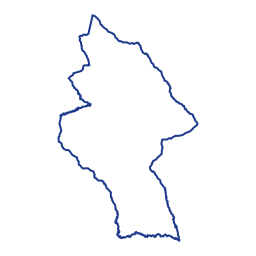 the district of Ribas do Rio Pardo, Mato Grosso do Sul, Brazil
{"feature_id": "56859067B15535908000846", "entity_name": "Ribas do Rio Pardo", "entity_type": "district", "adm_level": 2, "iso_a3": "BRA", "parent_name": "Brazil", "parent_adm1": "Mato Grosso do Sul", "projection": "albers", "projection_center": [-53.536, -20.581], "detail": "fine", "context": "isolated", "style": "outline", "palette": "blue", "viewbox_px": 256, "rotation_deg": 0, "n_neighbors": 0, "source": "geoboundaries", "source_scale": "gbopen_adm2", "svg_char_len": 5814}
<svg xmlns="http://www.w3.org/2000/svg" viewBox="0 0 256 256"><path d="M136.8,42.6L133.9,44.0L132.4,43.1L130.2,43.6L128.5,43.3L127.2,42.4L122.8,42.4L121.2,41.3L119.1,41.1L117.7,39.7L117.0,38.6L115.5,37.4L114.2,34.4L113.4,34.2L112.6,33.3L108.0,31.5L107.2,30.0L102.8,26.7L101.7,25.1L100.7,24.6L99.5,20.8L97.1,18.1L95.1,16.2L92.6,15.4L88.4,33.8L86.2,35.1L84.2,34.5L83.3,34.7L82.3,35.9L80.3,35.9L79.4,36.7L80.1,38.9L79.8,39.4L79.8,40.9L80.3,41.2L81.0,42.3L81.1,44.5L81.9,46.0L81.6,46.7L81.7,48.2L82.7,50.9L84.1,51.6L86.3,55.5L86.7,55.8L87.1,57.7L88.1,59.0L88.0,59.5L88.4,60.3L89.3,65.1L88.0,65.1L87.9,65.5L85.2,65.3L83.8,65.6L82.9,67.6L83.1,69.1L81.2,71.0L73.4,73.3L73.0,75.0L70.3,76.6L68.8,78.3L70.9,81.0L71.9,81.6L72.6,84.2L72.5,84.9L72.8,85.6L74.1,86.9L74.3,88.0L75.4,88.4L76.0,89.5L76.8,89.8L78.0,91.2L77.9,92.4L78.5,93.3L78.2,93.6L78.4,94.0L79.3,93.8L79.7,95.0L80.5,95.3L80.6,96.0L80.3,96.5L80.7,96.9L80.1,97.7L80.1,98.7L80.8,98.9L80.6,99.2L81.0,99.4L82.7,99.6L83.5,101.1L84.2,101.3L84.9,102.1L87.5,102.3L88.2,103.5L89.2,103.5L90.0,104.1L90.0,104.7L90.5,104.6L90.3,105.5L89.9,105.8L88.8,105.3L87.7,105.8L87.7,105.4L87.4,105.3L86.4,106.2L85.6,106.1L84.6,106.7L82.3,106.7L81.8,107.5L80.7,108.1L79.9,107.8L78.7,108.6L78.2,108.0L78.0,108.5L78.0,109.5L76.9,109.7L76.8,109.2L76.5,109.2L76.6,108.8L76.1,109.1L76.3,110.0L75.6,109.9L75.1,110.5L75.2,110.9L74.2,111.1L73.3,110.7L73.0,110.8L73.1,111.6L71.3,111.4L70.8,112.3L70.0,112.4L69.4,112.0L68.8,112.7L67.2,112.6L66.9,112.8L67.5,113.2L67.2,113.5L66.3,113.2L65.6,114.2L64.8,114.6L64.3,113.9L64.1,114.2L63.4,113.6L62.7,114.6L62.2,114.5L62.1,115.0L61.7,114.8L61.2,115.2L61.2,115.5L60.6,115.3L60.4,115.6L60.7,115.9L60.6,118.5L59.5,123.2L59.8,125.6L60.5,126.9L60.8,129.1L61.3,130.1L60.7,132.4L59.7,134.1L59.4,136.3L58.8,136.8L58.5,137.9L58.9,141.8L59.9,142.1L61.6,143.6L62.0,146.3L62.7,146.9L63.3,148.5L66.2,150.2L67.7,149.9L68.4,150.2L70.0,151.4L70.5,152.5L72.5,155.1L76.9,157.4L77.4,159.9L78.7,161.5L78.8,164.7L80.1,165.4L82.3,168.1L84.0,168.6L85.3,168.2L88.2,168.4L90.5,170.5L93.1,171.2L93.6,171.8L93.7,172.6L94.7,174.6L94.2,175.3L94.6,176.3L94.3,177.1L94.5,177.4L95.6,178.4L96.4,178.4L97.0,179.5L98.7,180.6L101.2,180.5L103.4,181.6L103.4,182.4L104.1,183.8L104.5,183.6L105.5,184.4L105.4,185.3L106.4,186.8L106.6,188.3L108.4,189.5L109.7,191.4L110.7,192.1L111.0,193.2L110.7,194.6L111.0,197.2L111.6,197.6L111.4,198.0L112.2,199.8L112.2,200.6L112.8,201.0L113.2,202.4L114.4,203.9L115.0,205.1L115.5,206.9L115.4,208.1L115.7,208.4L115.6,209.3L116.3,209.9L116.8,211.3L117.5,211.7L117.2,213.6L117.4,213.9L117.7,213.7L117.9,214.0L117.5,216.4L117.0,216.8L117.5,217.6L116.6,218.3L116.3,219.4L116.7,219.6L116.4,220.5L115.7,220.7L115.4,221.9L115.8,222.1L115.4,222.3L115.6,223.0L116.7,223.2L117.7,223.8L117.8,224.2L117.5,224.4L118.6,226.7L117.9,229.0L118.8,230.1L118.4,230.7L118.7,231.2L118.2,231.6L118.5,232.0L119.2,232.1L119.0,232.8L118.4,233.3L117.8,233.0L117.2,234.5L118.7,236.5L119.7,236.0L120.2,236.2L120.2,236.6L119.7,236.6L119.7,237.1L120.3,237.7L121.5,238.1L122.3,237.9L122.5,237.2L122.9,237.2L124.0,237.3L124.3,237.7L128.3,235.8L129.0,236.3L128.9,236.7L129.9,237.1L130.2,236.8L129.9,236.3L130.3,235.8L131.3,235.5L131.7,234.8L132.6,234.2L134.7,234.4L135.3,232.4L136.3,232.0L137.2,233.4L137.9,233.4L138.8,232.9L139.8,233.9L141.1,233.7L141.4,234.7L142.5,234.9L142.8,234.6L143.8,235.5L144.8,235.5L144.8,236.6L145.3,236.8L146.0,236.5L147.1,236.9L147.3,235.6L147.8,235.1L148.8,235.8L150.4,235.4L150.9,236.2L151.3,236.3L152.9,235.2L154.2,235.9L154.3,236.7L154.9,237.0L155.9,236.3L156.1,235.2L158.2,234.0L160.1,234.9L160.2,235.8L161.2,236.6L162.4,236.0L163.5,236.3L164.0,235.4L165.4,234.5L166.1,235.0L167.1,236.3L168.6,235.5L170.6,235.9L171.4,237.0L172.4,237.1L172.9,237.9L174.4,238.3L174.6,238.8L175.1,238.9L175.5,238.1L176.0,238.0L176.4,238.8L177.0,239.3L177.8,239.3L178.3,240.1L179.3,240.6L179.4,239.8L178.5,237.7L178.8,236.5L177.8,234.5L178.0,233.4L177.5,231.3L177.0,229.2L176.3,228.3L176.8,227.1L176.3,226.1L175.2,226.7L175.0,226.2L175.5,225.3L174.4,223.7L174.3,223.0L173.7,221.8L174.0,220.9L173.0,219.1L173.9,218.6L174.1,217.7L173.8,216.5L172.8,215.8L172.6,214.5L171.5,213.8L170.8,212.6L170.5,211.1L169.7,210.5L169.3,208.1L168.1,206.6L168.0,205.6L167.8,205.4L167.9,204.4L167.2,203.3L167.7,201.6L167.5,201.2L166.7,200.8L166.3,198.9L166.6,197.8L165.9,197.2L166.3,196.1L165.9,195.3L165.7,192.7L165.3,192.0L165.6,190.7L164.9,189.7L165.3,189.3L165.1,188.0L164.0,187.3L163.1,185.9L161.8,184.7L161.5,183.9L160.7,183.0L160.1,180.1L157.4,178.0L157.3,177.2L156.4,175.7L155.0,174.2L154.7,172.6L154.0,172.1L153.5,172.2L153.0,171.4L152.2,171.5L151.3,170.6L150.4,169.6L149.9,167.6L150.3,166.4L151.5,165.1L151.9,164.3L152.0,162.9L152.8,162.3L153.3,160.8L156.1,159.5L157.3,157.9L161.7,153.9L161.8,151.2L162.6,146.9L161.6,144.7L161.4,143.1L161.9,141.9L161.9,140.4L162.6,139.5L166.7,139.6L169.3,138.1L170.9,138.7L172.9,137.1L175.4,135.9L179.0,135.8L182.9,134.9L185.3,133.2L189.9,131.4L192.6,129.0L193.7,127.6L196.8,125.3L197.5,123.9L196.9,122.3L195.2,120.8L195.1,119.8L193.4,116.7L192.6,114.5L189.5,113.6L189.1,112.4L188.0,112.1L186.1,109.8L186.1,109.3L185.1,109.2L184.0,106.0L183.2,106.1L182.3,104.7L180.7,103.8L179.8,103.7L178.7,102.9L178.5,102.3L177.9,102.4L176.3,101.6L175.8,100.6L174.1,99.2L173.4,98.0L172.7,97.9L172.1,96.6L171.2,96.0L170.9,93.3L169.9,92.3L169.6,91.4L170.2,88.5L170.6,88.2L169.9,86.2L168.6,84.6L168.6,83.8L167.6,83.2L167.6,82.4L165.7,80.9L164.4,80.5L164.2,79.0L162.2,75.7L161.3,71.9L160.5,71.0L158.8,70.2L157.7,68.6L156.6,67.7L155.2,67.7L154.0,66.4L153.5,65.5L153.6,64.7L152.8,63.6L151.8,63.1L150.6,60.9L150.7,60.2L149.7,58.7L149.6,58.0L148.0,56.4L148.0,55.1L147.2,54.9L146.6,53.7L146.2,53.5L145.8,54.0L145.1,54.0L142.8,52.5L142.0,50.7L141.2,49.5L141.0,47.7L140.5,47.1L140.5,46.0L138.9,44.1L138.4,42.9L137.4,43.1L136.8,42.6Z" fill="none" stroke="#1e3a8a" stroke-width="2"/></svg>